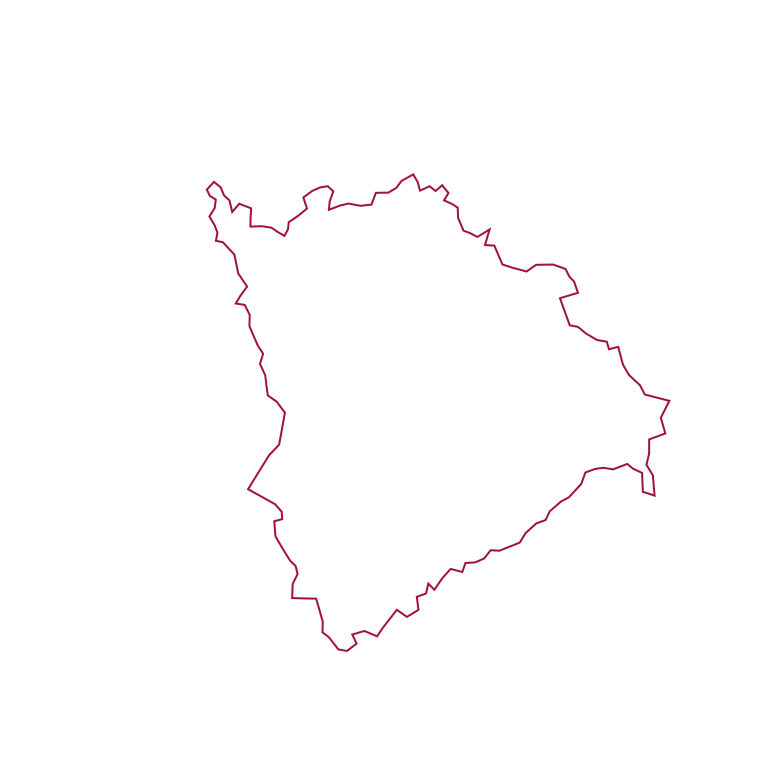 outline of Gramado Xavier, Rio Grande do Sul, Brazil, rotated 48°
{"feature_id": "56859067B71131453793175", "entity_name": "Gramado Xavier", "entity_type": "district", "adm_level": 2, "iso_a3": "BRA", "parent_name": "Brazil", "parent_adm1": "Rio Grande do Sul", "projection": "orthographic", "projection_center": [-52.613, -29.295], "detail": "fine", "context": "isolated", "style": "outline", "palette": "rose", "viewbox_px": 768, "rotation_deg": 48, "n_neighbors": 0, "source": "geoboundaries", "source_scale": "gbopen_adm2", "svg_char_len": 2121}
<svg xmlns="http://www.w3.org/2000/svg" viewBox="0 0 768 768"><g transform="rotate(48 384 384)"><path d="M247.8,222.0L244.8,235.2L246.5,243.4L244.8,252.6L236.5,262.1L242.3,273.3L235.8,282.3L226.1,289.7L221.8,297.6L217.7,308.4L211.9,302.1L206.9,292.8L199.4,293.4L195.1,300.1L192.5,308.1L191.4,319.1L202.0,323.8L201.6,334.9L200.0,346.5L204.8,351.8L207.3,358.9L200.7,361.0L192.4,363.1L185.0,369.2L177.7,377.9L171.9,372.6L164.5,365.2L153.2,371.0L154.6,381.7L144.2,376.0L136.9,376.7L128.6,373.8L120.0,375.1L121.0,385.6L127.6,387.5L134.4,385.6L139.9,392.0L142.7,401.7L152.5,403.6L160.1,406.5L165.1,413.1L170.8,408.9L187.8,408.6L204.4,418.4L220.0,420.5L222.4,431.8L225.0,440.3L232.0,434.6L242.7,437.5L251.0,445.3L263.3,449.5L270.8,452.0L280.6,453.6L286.1,462.7L298.2,466.5L306.2,472.2L314.8,478.0L325.3,475.6L339.0,476.8L358.9,502.5L360.1,517.3L371.2,555.4L400.4,545.4L410.5,545.5L416.3,550.0L412.6,557.4L424.6,566.6L437.9,569.4L452.6,572.0L460.2,571.5L467.4,575.4L471.5,585.7L481.6,595.5L492.7,583.9L498.0,578.1L507.0,582.3L519.7,588.6L527.4,595.9L535.2,594.4L550.7,595.5L557.6,590.2L558.6,578.1L549.0,575.2L554.4,563.8L566.9,558.0L564.4,548.0L560.4,525.6L572.4,522.8L574.9,509.5L564.1,502.0L567.8,493.0L562.0,484.6L570.6,484.3L567.4,470.9L566.0,458.2L576.1,451.6L571.5,443.2L577.5,435.8L580.7,426.3L578.9,416.0L585.1,409.8L592.7,389.2L589.5,378.4L589.5,364.2L593.2,354.9L589.5,346.0L589.8,330.9L591.9,322.5L590.3,304.4L584.5,293.5L588.4,283.9L593.1,277.0L600.7,270.9L606.2,256.7L613.6,255.6L622.8,251.7L637.3,263.8L648.0,257.6L631.8,245.3L619.6,243.0L613.1,233.5L602.6,224.0L609.0,208.0L594.3,200.9L587.5,183.2L566.4,197.2L556.3,194.6L541.2,195.9L529.6,193.5L513.1,185.1L508.7,193.5L501.6,190.1L494.0,196.2L481.7,200.1L471.2,201.7L464.7,206.7L438.0,195.8L446.0,178.8L435.0,174.2L428.1,174.4L420.0,172.1L408.4,178.4L397.2,191.2L395.8,202.8L382.3,211.5L374.4,216.0L355.0,209.4L348.3,216.0L339.8,202.1L337.2,216.2L329.4,219.1L323.2,222.3L310.2,217.8L302.2,211.2L294.9,213.3L287.7,216.5L285.2,208.3L275.2,207.8L275.1,216.5L267.6,217.8L264.4,227.8L256.6,223.9L247.8,222.0Z" fill="none" stroke="#9f1239" stroke-width="2"/></g></svg>